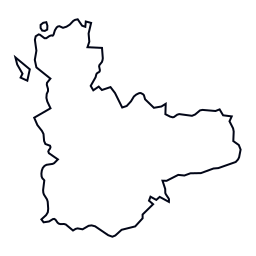 the border of Valladolid
{"feature_id": "ESP-5850", "entity_name": "Valladolid", "entity_type": "Autonomous Community", "adm_level": 1, "iso_a3": "ESP", "parent_name": "Spain", "parent_adm1": "", "projection": "robinson", "projection_center": [-4.954, 41.703], "detail": "fine", "context": "isolated", "style": "outline", "palette": "ink", "viewbox_px": 256, "rotation_deg": 0, "n_neighbors": 0, "source": "natural_earth", "source_scale": "10m", "svg_char_len": 2218}
<svg xmlns="http://www.w3.org/2000/svg" viewBox="0 0 256 256"><path d="M240.6,149.6L239.1,157.3L238.0,159.5L235.7,162.0L218.3,168.1L213.5,168.5L200.9,173.1L190.4,173.3L184.4,175.5L178.2,174.9L166.6,180.8L162.5,180.7L165.2,188.9L165.3,193.0L165.8,194.2L168.8,198.7L169.0,199.9L168.9,201.9L159.7,196.9L156.3,199.9L150.5,196.7L149.0,200.7L153.1,204.2L142.6,214.5L142.6,218.3L135.2,226.4L121.6,229.8L115.3,235.5L112.4,236.7L108.2,235.2L95.1,226.3L91.6,225.4L88.6,225.8L82.6,229.3L77.6,228.4L75.6,228.9L73.0,230.5L65.8,224.5L64.0,224.0L60.4,224.1L58.7,223.6L57.5,222.6L55.5,219.7L54.2,218.9L52.9,219.1L49.0,221.5L43.6,222.3L41.4,219.4L46.1,215.1L47.8,212.3L48.2,208.8L47.7,201.7L47.0,199.4L43.9,194.5L43.3,192.6L43.1,190.1L44.3,180.4L43.5,179.4L42.5,178.5L41.6,176.5L41.4,173.6L41.8,170.6L42.8,167.9L44.5,165.9L46.5,164.8L52.6,163.9L54.1,163.2L57.9,159.4L48.9,153.2L48.3,151.5L48.9,150.0L50.0,148.7L50.5,147.1L50.0,145.7L45.4,144.0L44.1,141.0L43.5,134.0L42.0,131.0L37.4,125.1L34.2,117.7L50.5,108.3L47.3,101.5L46.4,97.9L46.7,94.0L48.0,91.1L48.0,88.9L46.8,84.8L47.0,82.8L50.4,78.6L36.4,67.4L34.8,59.9L36.4,50.7L34.9,39.8L35.7,36.3L38.7,34.4L40.0,34.8L44.5,38.2L46.3,38.2L49.5,36.0L51.3,35.4L52.0,35.5L52.4,35.7L52.7,35.7L53.2,35.1L53.6,34.5L54.9,30.3L56.7,27.4L57.9,26.5L59.4,26.2L63.0,27.8L66.5,26.7L69.8,24.6L73.3,20.9L75.0,19.9L77.7,19.3L82.1,25.7L85.3,26.8L85.8,21.5L91.1,22.9L88.6,33.5L89.3,41.7L87.5,47.2L102.0,47.9L102.8,58.3L102.5,60.2L101.9,62.0L99.4,65.1L99.1,66.4L99.9,70.1L99.6,71.5L98.7,72.3L97.6,72.8L96.7,73.6L96.3,74.4L95.6,77.2L90.7,85.9L93.3,90.3L98.7,86.6L101.9,90.0L110.5,87.1L115.0,93.0L122.2,107.5L126.7,106.0L131.0,101.3L133.9,96.5L136.2,94.6L138.8,93.3L140.1,93.0L141.1,93.2L143.1,94.3L143.9,95.2L145.1,99.3L153.9,107.8L161.4,106.5L165.7,103.8L165.4,114.2L170.1,116.6L172.8,117.3L174.0,117.0L177.2,114.7L179.2,114.1L192.0,115.8L195.1,114.5L200.0,110.4L202.5,109.9L215.5,111.0L219.6,109.4L223.1,115.3L231.7,116.4L229.5,121.3L233.1,128.4L233.7,131.5L233.3,141.1L238.8,145.0L240.6,149.6ZM15.4,57.4L29.8,69.3L27.3,80.7L20.6,77.6L22.5,73.7L17.2,64.5L15.4,57.4ZM46.3,22.2L47.4,25.8L47.2,29.6L44.8,30.9L42.2,30.6L40.6,28.0L40.6,24.9L43.2,22.8L46.3,22.2Z" fill="none" stroke="#020617" stroke-width="2"/></svg>